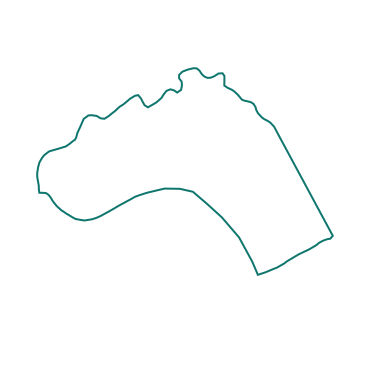 the district of Colares, Pará, Brazil, rotated 224°
{"feature_id": "56859067B45102544726331", "entity_name": "Colares", "entity_type": "district", "adm_level": 2, "iso_a3": "BRA", "parent_name": "Brazil", "parent_adm1": "Pará", "projection": "natural_earth1", "projection_center": [-48.239, -0.919], "detail": "fine", "context": "isolated", "style": "outline", "palette": "teal", "viewbox_px": 384, "rotation_deg": 224, "n_neighbors": 0, "source": "geoboundaries", "source_scale": "gbopen_adm2", "svg_char_len": 1748}
<svg xmlns="http://www.w3.org/2000/svg" viewBox="0 0 384 384"><g transform="rotate(224 192 192)"><path d="M60.3,258.3L173.7,294.5L178.2,296.0L183.9,296.3L187.0,295.7L191.0,294.5L193.8,294.2L199.3,294.5L202.9,295.7L205.3,297.2L208.8,298.1L212.1,297.5L215.2,295.7L217.6,294.2L220.2,293.1L226.6,293.8L231.7,293.7L234.4,293.2L238.8,291.7L242.7,291.0L247.1,295.7L249.3,298.0L252.5,298.6L255.2,295.7L256.5,290.4L258.1,286.9L260.4,284.7L263.5,283.6L266.9,283.6L271.1,284.5L274.5,284.2L276.9,282.1L280.2,276.9L282.5,271.9L282.6,267.3L280.2,264.8L276.1,264.2L273.1,261.5L270.8,257.8L271.8,253.2L275.7,252.6L278.9,250.8L280.6,247.0L280.2,242.8L279.3,238.3L279.9,231.4L282.5,222.3L286.4,221.5L289.8,222.5L293.6,223.8L298.0,224.3L299.8,221.7L301.3,216.2L301.8,211.1L302.3,207.0L303.3,203.0L303.6,197.0L304.3,192.1L304.7,188.5L305.9,183.8L309.0,181.5L313.4,180.5L317.7,177.4L319.7,175.1L320.7,169.4L317.6,161.1L315.4,154.7L313.5,151.4L312.5,148.5L313.1,145.2L313.5,141.5L314.5,136.9L316.1,134.1L317.6,131.3L320.3,126.7L323.0,121.9L323.9,115.8L323.5,112.1L322.3,107.3L319.9,102.9L316.6,98.2L313.9,95.4L306.5,90.0L304.2,87.7L301.3,85.4L298.3,88.2L296.0,89.9L292.9,90.3L289.2,89.7L286.1,88.8L283.5,88.4L279.5,87.9L273.1,88.1L270.4,88.7L267.1,89.2L264.4,89.9L259.4,91.0L256.9,91.8L254.5,93.4L251.5,95.4L249.4,97.0L247.3,99.8L244.9,103.0L242.7,107.2L241.2,110.9L238.3,120.1L237.2,123.9L235.0,131.8L231.5,142.8L230.6,145.7L229.6,149.1L227.5,153.4L223.9,160.1L214.2,175.3L202.9,185.9L191.5,192.8L173.0,193.9L152.8,194.5L126.5,192.0L100.4,183.8L87.1,178.2L83.8,184.4L81.3,190.0L80.0,193.1L78.4,196.5L76.0,204.7L75.6,207.8L71.9,221.4L67.9,232.0L65.7,240.0L65.3,243.6L64.0,247.8L62.0,251.9L60.1,254.5L60.3,258.3Z" fill="none" stroke="#0f766e" stroke-width="2"/></g></svg>